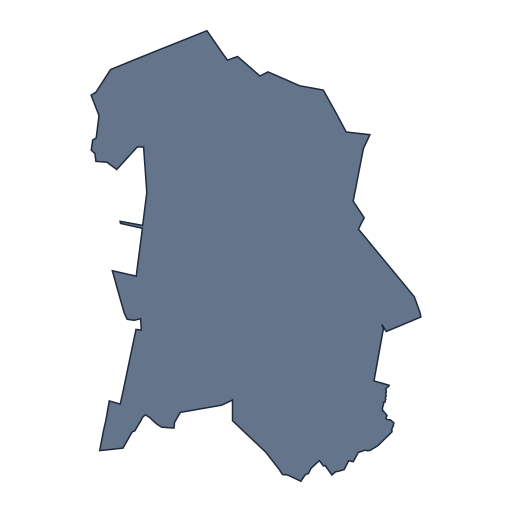 San Javier, Sonora, Mexico
{"feature_id": "50627088B99780541835919", "entity_name": "San Javier", "entity_type": "district", "adm_level": 2, "iso_a3": "MEX", "parent_name": "Mexico", "parent_adm1": "Sonora", "projection": "mercator", "projection_center": [-109.729, 28.612], "detail": "fine", "context": "isolated", "style": "filled", "palette": "slate", "viewbox_px": 512, "rotation_deg": 0, "n_neighbors": 0, "source": "geoboundaries", "source_scale": "gbopen_adm2", "svg_char_len": 2821}
<svg xmlns="http://www.w3.org/2000/svg" viewBox="0 0 512 512"><path d="M109.3,400.9L105.9,420.1L103.5,430.6L99.7,450.6L118.8,448.6L123.0,448.1L131.6,432.9L131.8,432.5L132.0,432.3L132.3,432.0L132.7,431.7L133.0,431.6L133.3,431.4L133.7,431.3L134.3,431.1L134.7,430.9L135.0,430.6L137.8,425.7L140.9,420.7L141.4,419.6L141.9,418.3L142.1,418.0L142.3,417.8L142.8,417.2L143.2,416.8L143.4,416.6L143.5,416.5L143.7,416.3L144.0,416.0L144.3,415.7L145.2,414.8L146.4,415.5L147.8,416.3L148.2,416.6L148.5,416.8L149.1,417.1L149.5,417.4L150.9,418.6L151.8,419.5L152.2,419.9L153.1,420.7L154.1,421.7L154.5,422.1L155.2,422.6L155.9,423.3L157.0,424.2L158.2,425.0L160.1,426.2L161.7,427.2L173.9,428.1L174.3,426.1L174.4,424.0L174.5,422.5L180.3,412.4L221.6,405.2L231.2,400.7L232.5,399.9L232.5,420.7L244.5,432.1L265.7,452.1L279.1,469.3L282.4,474.5L287.7,475.0L300.9,481.3L305.4,474.5L308.4,473.6L311.1,468.2L319.4,460.6L323.4,466.0L325.2,465.6L331.9,475.0L335.5,471.8L339.5,471.0L344.2,469.6L348.6,460.8L353.3,461.7L358.2,452.5L365.2,450.1L367.8,450.8L370.2,450.3L377.7,445.8L392.1,431.7L391.9,431.2L391.8,430.8L391.8,430.5L391.7,430.3L391.8,429.9L391.8,429.6L391.9,429.4L391.9,429.1L392.1,428.5L392.3,428.0L392.4,427.7L392.5,427.5L392.6,427.3L392.6,427.1L392.7,426.9L392.9,426.6L393.0,426.3L393.1,426.2L393.3,425.9L393.4,425.7L393.4,425.2L393.5,424.9L393.5,424.7L393.4,424.4L393.5,424.2L393.7,423.7L393.8,423.4L393.9,423.2L393.8,422.9L393.7,422.7L392.3,421.5L392.1,421.4L391.9,421.2L391.7,421.0L391.5,420.8L391.4,420.7L391.2,420.5L391.1,420.4L390.9,420.2L390.7,420.0L390.6,419.9L387.1,419.6L386.9,419.6L386.8,419.4L386.7,419.2L386.4,418.9L386.2,418.7L386.2,418.4L386.1,418.2L385.8,417.9L385.8,417.7L387.1,415.7L386.0,414.2L383.5,411.3L382.6,411.0L382.9,410.1L382.6,409.7L382.3,408.6L382.6,407.6L382.9,406.2L383.2,405.6L383.6,404.3L383.5,402.4L384.3,402.4L384.9,402.2L385.3,401.4L385.3,399.9L385.8,399.2L385.4,398.2L385.6,397.0L386.2,395.8L385.7,392.9L386.2,392.4L386.4,391.2L385.8,389.4L385.9,388.7L386.3,388.3L388.7,386.2L389.2,385.3L374.0,380.9L382.9,331.4L383.6,329.4L381.8,324.3L386.0,331.1L386.1,331.3L386.2,331.5L386.9,331.2L387.0,331.2L420.9,317.0L420.0,312.6L414.4,296.9L358.5,229.2L360.9,224.1L364.2,217.8L353.2,201.2L363.4,148.5L369.9,134.7L346.2,132.0L335.3,111.6L332.1,105.9L323.3,90.1L299.7,85.8L289.7,81.4L268.0,71.9L259.9,76.0L237.6,56.5L227.4,60.1L221.3,51.6L206.9,30.7L154.6,51.6L130.4,61.4L110.6,69.5L96.0,92.1L91.1,95.2L99.0,115.5L96.2,138.0L92.7,140.0L91.2,150.2L94.9,153.5L95.9,161.4L106.9,162.2L116.7,169.5L137.4,146.8L143.6,147.1L146.8,192.4L142.8,224.4L142.6,225.4L120.1,221.3L120.5,223.4L142.4,228.3L136.2,276.2L112.3,270.7L113.9,276.2L116.9,287.2L123.8,311.6L124.7,314.1L127.2,319.3L134.1,320.3L140.6,318.7L141.3,330.1L136.0,329.4L122.8,392.5L120.2,404.1L109.3,400.9Z" fill="#64748b" stroke="#1e293b" stroke-width="1.5"/></svg>